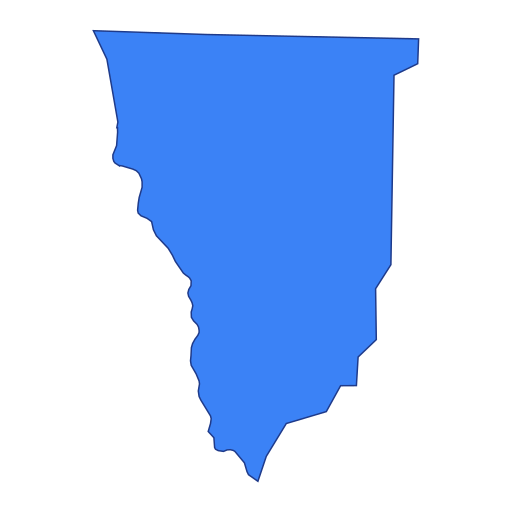 the district of Seminole, Georgia, United States of America
{"feature_id": "52423323B59309209567710", "entity_name": "Seminole", "entity_type": "district", "adm_level": 2, "iso_a3": "USA", "parent_name": "United States of America", "parent_adm1": "Georgia", "projection": "mercator", "projection_center": [-84.929, 30.901], "detail": "fine", "context": "isolated", "style": "filled", "palette": "blue", "viewbox_px": 512, "rotation_deg": 0, "n_neighbors": 0, "source": "geoboundaries", "source_scale": "gbopen_adm2", "svg_char_len": 1287}
<svg xmlns="http://www.w3.org/2000/svg" viewBox="0 0 512 512"><path d="M93.4,30.7L106.9,59.2L117.9,122.1L116.8,127.7L117.5,127.7L117.6,132.4L116.6,145.6L112.9,154.8L112.9,158.4L113.8,161.4L115.0,163.0L119.5,165.9L119.6,165.6L122.1,165.9L132.8,169.1L136.3,170.7L138.9,173.2L141.5,178.8L142.1,181.8L142.1,187.3L139.2,197.4L138.3,203.0L137.6,210.2L138.2,213.1L141.0,215.8L147.0,218.3L151.6,221.6L153.4,229.7L156.4,235.8L168.2,248.3L172.4,255.2L175.4,261.5L183.3,273.0L184.6,274.1L186.1,275.3L188.2,276.7L189.6,278.0L191.2,280.8L191.0,285.7L188.8,289.4L187.9,293.0L188.6,296.3L190.9,300.2L192.1,302.8L192.8,305.7L192.1,309.1L191.2,312.0L191.4,317.3L193.6,320.9L197.1,324.4L198.5,327.0L199.1,330.3L199.1,332.5L197.8,335.4L195.1,339.0L192.6,343.5L191.4,347.6L191.0,355.7L190.5,360.8L191.2,365.3L196.2,374.0L199.1,381.0L199.5,383.9L198.3,391.0L199.1,396.5L200.9,400.2L210.5,415.9L211.2,418.7L210.5,423.6L208.2,431.5L213.9,437.7L214.6,447.5L215.5,449.2L218.2,450.6L223.5,451.4L227.1,449.9L230.3,449.7L233.2,450.4L234.9,451.4L244.4,462.8L247.0,471.6L248.5,474.7L257.9,481.3L266.3,456.3L286.3,423.5L326.3,411.6L340.6,385.7L356.4,385.6L358.1,357.0L376.3,339.6L375.6,288.7L390.9,264.7L394.0,75.2L417.7,63.7L418.6,38.9L205.8,34.5L93.4,30.7Z" fill="#3b82f6" stroke="#1e3a8a" stroke-width="1.5"/></svg>